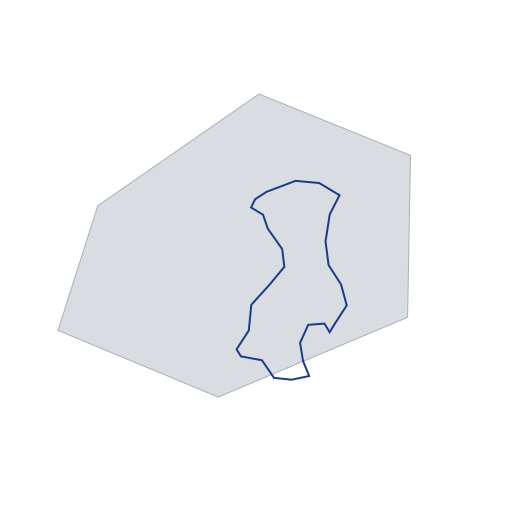 Borgo Maggiore highlighted on a map of San Marino, rotated 211°
{"feature_id": "SMR-4883", "entity_name": "Borgo Maggiore", "entity_type": "state/province", "adm_level": 1, "iso_a3": "SMR", "parent_name": "San Marino", "parent_adm1": "", "projection": "natural_earth1", "projection_center": [12.438, 43.942], "detail": "fine", "context": "in_parent", "style": "outline", "palette": "blue", "viewbox_px": 512, "rotation_deg": 211, "n_neighbors": 0, "source": "natural_earth", "source_scale": "10m", "svg_char_len": 682}
<svg xmlns="http://www.w3.org/2000/svg" viewBox="0 0 512 512"><g transform="rotate(211 256 256)"><path d="M336.9,396.4L175.4,421.8L94.5,281.5L215.8,115.6L387.4,90.2L417.5,217.6L336.9,396.4Z" fill="#d9dde1" stroke="#a8b0b8" stroke-width="1"/><path d="M148.6,180.5L161.8,168.3L177.8,160.8L197.2,169.7L217.2,162.2L224.6,166.0L223.8,188.4L234.9,211.8L229.7,238.0L226.1,261.3L237.1,275.4L260.1,285.6L271.2,295.0L285.2,295.0L286.0,304.3L280.0,316.5L260.8,340.8L239.4,351.1L215.7,351.1L214.2,329.6L203.9,304.3L189.1,285.6L168.4,275.4L152.8,260.4L153.6,237.0L153.6,228.6L162.5,233.3L175.8,223.9L173.5,204.3L161.7,190.3L148.6,180.5Z" fill="none" stroke="#1e3a8a" stroke-width="2"/></g></svg>